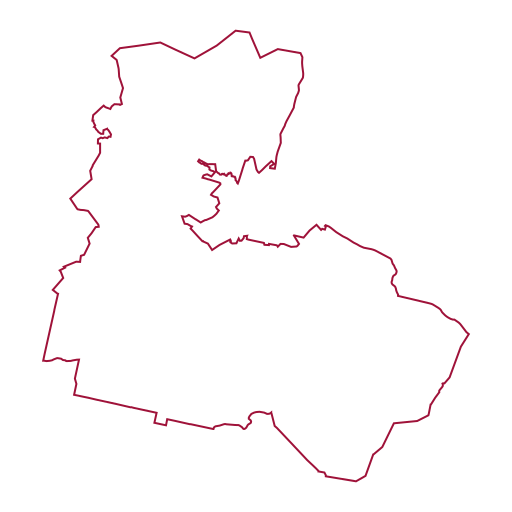 the district of Valkas pag., Valkas, Latvia
{"feature_id": "27541924B2692398092929", "entity_name": "Valkas pag.", "entity_type": "district", "adm_level": 2, "iso_a3": "LVA", "parent_name": "Latvia", "parent_adm1": "Valkas", "projection": "orthographic", "projection_center": [26.01, 57.752], "detail": "fine", "context": "isolated", "style": "outline", "palette": "rose", "viewbox_px": 512, "rotation_deg": 0, "n_neighbors": 0, "source": "geoboundaries", "source_scale": "gbopen_adm2", "svg_char_len": 5942}
<svg xmlns="http://www.w3.org/2000/svg" viewBox="0 0 512 512"><path d="M76.4,383.9L74.1,394.8L89.3,398.0L96.1,399.6L116.3,404.0L130.5,407.3L131.3,407.2L133.9,407.9L156.6,412.8L154.4,422.8L166.0,425.3L167.2,419.2L174.7,420.8L189.8,424.2L190.7,424.2L213.2,429.0L213.5,429.0L213.9,427.6L214.5,426.9L215.6,426.3L219.7,425.6L223.6,424.3L225.0,424.0L226.6,424.3L235.1,425.0L238.5,425.1L239.5,425.5L242.0,427.2L243.1,428.6L243.8,429.0L244.6,428.9L245.4,428.4L246.3,427.6L247.7,425.1L248.4,424.4L250.2,423.3L250.9,422.7L251.1,421.4L250.7,420.4L248.8,418.8L248.8,417.7L249.4,416.4L251.4,413.9L254.1,412.6L256.0,412.1L257.9,411.9L259.6,411.8L264.2,412.6L267.1,413.9L268.9,413.8L270.1,413.4L271.2,412.5L271.2,413.1L271.5,413.4L274.7,426.0L276.9,427.9L301.4,453.9L307.1,460.0L315.7,468.1L318.8,471.3L318.7,471.5L324.4,472.5L325.8,475.2L325.8,476.3L356.0,481.3L365.5,475.9L373.2,454.5L373.4,454.5L382.3,447.0L393.9,423.3L417.2,421.0L428.4,415.3L428.8,413.7L429.3,411.2L430.6,404.5L431.0,404.4L435.2,397.7L439.3,392.2L439.2,391.8L439.2,391.3L439.2,390.9L439.6,390.1L441.8,387.5L442.6,386.4L442.8,385.8L442.8,384.9L442.8,384.3L442.5,383.6L443.0,383.3L444.4,383.4L449.6,377.4L460.9,346.6L468.8,334.1L466.4,332.1L460.6,324.5L459.8,323.6L458.6,322.5L454.4,319.6L452.9,319.6L450.7,318.9L448.3,317.6L446.6,316.5L445.0,315.2L442.6,312.8L442.0,312.1L440.7,309.8L439.9,309.0L438.4,307.9L432.7,304.4L431.5,303.9L428.9,303.2L398.0,295.9L398.1,294.6L397.2,292.9L396.7,291.8L396.2,290.3L395.9,288.6L395.3,287.0L394.7,286.2L392.5,284.5L392.2,284.1L391.7,283.1L391.6,282.4L391.6,281.9L392.2,280.1L392.4,278.3L392.6,277.5L393.1,276.4L393.5,275.7L395.2,274.6L395.8,274.0L396.1,273.4L396.5,272.2L396.6,271.7L396.6,271.0L396.5,270.8L396.2,270.0L395.1,268.1L393.9,265.3L393.3,264.6L392.6,263.6L391.5,259.9L391.0,259.2L390.4,258.5L375.3,250.5L373.5,249.8L371.5,249.2L363.8,247.7L359.9,246.0L357.2,244.4L353.6,242.6L347.3,238.5L342.8,236.3L336.2,232.1L330.8,227.8L328.9,226.5L325.6,225.2L325.0,225.9L325.9,226.4L324.9,229.6L322.2,228.8L321.1,229.9L316.5,224.8L309.6,230.5L303.6,237.6L294.0,235.4L293.9,235.5L299.0,243.9L297.4,245.9L296.5,246.5L291.1,246.9L283.8,244.0L280.5,243.9L277.8,246.7L277.2,245.7L276.8,245.3L269.0,243.9L268.9,245.1L264.4,244.8L263.9,242.9L248.4,239.6L246.8,239.1L246.9,236.0L247.0,235.8L244.0,236.2L243.6,238.2L241.5,240.7L239.9,240.8L238.7,238.5L236.4,243.3L232.2,243.5L230.7,242.5L230.2,241.9L230.9,241.1L230.2,239.5L219.6,244.9L212.1,250.0L207.9,243.6L203.0,241.4L203.0,241.2L202.4,241.2L197.7,236.2L192.6,230.6L190.6,228.6L192.0,226.5L190.9,226.1L187.5,224.1L184.6,223.7L182.0,216.3L185.1,216.7L186.8,216.1L188.9,214.9L195.7,219.4L195.9,219.4L200.7,222.5L203.1,221.1L205.1,220.1L206.2,220.0L212.4,217.3L214.5,215.6L216.4,213.8L218.8,210.5L216.8,208.6L216.0,207.0L219.3,203.3L217.5,197.5L213.8,196.5L211.0,194.8L211.9,193.3L212.7,192.6L220.4,184.4L220.3,183.3L219.2,182.6L208.8,179.4L208.3,179.4L206.0,178.6L202.5,177.7L203.2,176.0L203.6,175.4L205.5,174.7L207.2,174.3L211.4,176.4L214.8,172.4L213.7,171.3L210.9,170.5L209.4,169.5L209.5,167.4L208.5,166.9L207.0,165.8L205.9,165.7L204.5,165.2L204.3,164.8L203.4,164.0L202.7,163.8L201.4,163.8L200.0,162.7L199.5,162.6L198.1,161.3L199.2,159.6L200.4,160.5L202.1,161.2L203.1,162.0L203.8,162.2L205.7,163.3L207.9,164.3L209.3,164.1L215.2,164.2L216.1,171.1L217.9,172.9L218.9,173.3L219.8,174.5L221.0,174.7L221.8,174.4L222.0,173.9L222.8,173.8L223.3,174.0L223.7,174.4L224.0,174.3L224.1,174.0L224.2,173.9L225.0,174.9L225.4,175.3L226.2,175.8L226.6,175.9L226.8,175.8L226.9,175.2L227.3,174.5L228.4,174.2L228.5,174.1L228.6,173.8L228.3,173.5L228.5,173.2L229.6,173.4L230.2,173.1L230.4,172.6L230.7,172.7L231.4,173.5L231.5,174.6L231.7,174.9L231.8,175.2L231.6,176.0L231.9,176.3L232.9,176.4L233.2,176.3L233.6,176.4L234.2,176.9L234.9,176.8L235.2,177.2L235.3,177.5L235.2,178.0L235.3,178.1L235.7,179.0L235.5,180.0L237.1,181.9L237.1,182.3L237.0,182.7L237.1,182.8L237.8,183.5L238.7,181.2L242.2,170.1L242.7,168.3L242.8,168.0L245.3,160.6L245.7,160.6L245.8,160.8L247.9,160.3L250.3,156.8L253.0,157.0L254.1,158.8L256.5,169.5L258.0,172.0L259.0,172.8L262.0,170.1L265.8,166.3L271.5,161.1L274.2,163.9L270.2,166.3L270.1,168.1L274.8,168.7L275.8,163.3L276.4,157.0L276.8,155.0L277.7,151.6L280.8,142.9L280.6,137.2L280.4,135.0L280.4,134.3L280.5,133.9L283.3,128.4L284.7,125.9L285.3,123.9L286.5,121.2L289.5,115.7L293.8,107.6L293.9,106.4L294.3,104.1L296.1,97.0L296.7,95.8L298.1,93.1L298.9,90.6L298.9,89.5L298.5,85.5L298.6,85.0L298.9,84.3L302.7,78.1L303.0,77.2L303.2,75.0L303.2,73.2L302.3,66.1L302.1,63.3L302.1,61.7L302.4,57.2L300.5,53.1L277.8,49.1L260.3,57.8L252.0,38.6L249.5,32.5L235.6,30.7L216.7,45.6L194.5,58.4L175.5,49.7L160.3,42.5L138.5,45.7L120.6,48.1L119.9,48.2L111.6,55.9L116.5,59.8L116.7,60.1L118.5,68.0L118.7,69.4L119.2,76.7L121.9,84.7L123.0,88.1L120.3,97.5L121.9,104.0L120.1,104.9L119.5,104.7L119.4,104.4L114.4,104.2L111.7,106.4L110.3,109.0L106.6,107.6L106.4,107.6L105.2,107.0L103.7,105.6L100.7,108.2L96.4,112.3L93.2,115.1L92.4,120.6L93.4,120.6L93.3,121.7L94.3,123.9L95.2,125.4L94.1,126.9L94.5,127.0L95.2,127.6L96.1,129.3L97.6,130.8L98.2,131.8L100.9,133.8L103.2,133.8L103.5,130.2L107.0,128.8L107.0,129.1L108.1,129.8L109.3,131.5L111.0,134.4L110.5,136.8L109.6,136.6L108.7,136.6L107.4,138.1L104.7,137.4L102.7,138.2L101.0,137.6L98.0,139.3L97.9,143.5L100.1,143.6L100.1,152.8L98.6,155.7L92.7,165.3L92.7,165.9L90.2,170.8L91.6,179.2L77.6,191.8L70.3,198.6L77.2,208.9L77.7,209.3L80.6,209.9L83.8,210.1L88.0,210.9L88.8,211.8L98.1,224.3L98.5,225.1L98.7,226.8L95.7,227.1L91.5,233.3L87.8,237.8L89.6,243.6L84.1,254.8L80.9,255.8L80.3,260.0L80.1,261.9L76.2,261.7L63.9,266.7L65.0,267.7L59.7,270.4L60.8,271.8L63.2,278.0L52.8,289.9L57.8,293.9L58.0,293.9L54.4,309.7L54.2,311.0L44.8,353.1L43.2,360.7L44.1,360.7L46.5,361.1L49.6,360.8L52.0,360.3L53.7,359.4L56.8,358.2L57.5,358.1L61.1,358.7L62.9,360.0L65.1,360.3L65.5,360.4L65.9,360.9L66.7,361.1L70.8,360.9L72.8,360.4L76.9,359.7L79.0,359.6L74.9,378.6L76.4,383.9Z" fill="none" stroke="#9f1239" stroke-width="2"/></svg>